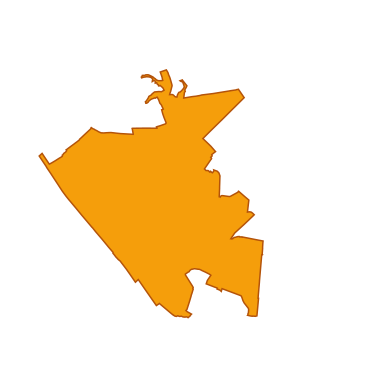 outline of Mircea Voda, Constanta, Romania, rotated 45°
{"feature_id": "2599482B76802521159862", "entity_name": "Mircea Voda", "entity_type": "district", "adm_level": 2, "iso_a3": "ROU", "parent_name": "Romania", "parent_adm1": "Constanta", "projection": "robinson", "projection_center": [28.188, 44.308], "detail": "fine", "context": "isolated", "style": "filled", "palette": "amber", "viewbox_px": 384, "rotation_deg": 45, "n_neighbors": 0, "source": "geoboundaries", "source_scale": "gbopen_adm2", "svg_char_len": 5852}
<svg xmlns="http://www.w3.org/2000/svg" viewBox="0 0 384 384"><g transform="rotate(45 192 192)"><path d="M283.6,184.0L281.6,181.7L280.8,181.0L280.5,180.6L278.2,178.0L276.9,176.4L272.2,179.6L265.2,184.3L261.5,186.8L260.0,187.8L259.2,188.3L259.4,188.5L257.9,189.6L257.6,189.7L257.4,190.0L257.3,189.9L257.1,189.9L256.5,190.5L256.1,190.9L255.7,191.5L254.7,193.3L254.1,194.1L254.0,194.4L253.9,194.7L253.8,196.2L253.8,196.3L253.6,196.6L253.4,197.0L253.0,197.2L252.5,197.6L251.2,190.8L251.8,177.5L252.1,164.1L250.3,164.1L249.1,164.2L248.3,164.3L247.7,164.6L247.0,165.1L246.5,165.5L245.4,167.0L237.9,157.5L233.1,157.9L224.6,158.5L224.3,158.6L224.5,159.3L224.6,159.6L224.5,160.0L224.0,161.8L222.2,167.9L222.1,168.1L221.7,168.7L220.6,169.6L216.5,172.7L215.9,173.2L215.6,173.5L215.4,174.0L215.3,174.5L215.5,175.7L215.1,175.7L214.6,176.1L209.1,170.1L208.1,169.1L200.6,161.1L200.5,160.9L197.6,159.5L195.3,159.4L191.8,161.0L192.5,161.4L192.9,163.9L192.2,164.2L191.9,164.2L191.0,164.2L190.4,164.2L190.3,164.3L190.4,164.6L190.6,165.0L190.6,165.3L190.2,165.4L189.1,165.4L188.6,165.4L188.2,165.5L187.5,166.2L187.1,166.5L186.8,166.9L185.6,166.9L184.5,166.9L182.4,155.7L182.4,155.2L182.2,154.5L181.5,154.3L180.7,154.2L180.8,152.7L180.7,152.2L180.2,151.9L179.5,151.6L180.0,147.4L180.1,146.8L173.0,146.3L161.9,146.5L161.9,136.9L162.1,118.0L162.1,107.8L162.2,88.4L152.5,86.6L152.2,86.5L151.5,87.6L151.2,88.0L150.8,88.9L147.4,93.4L147.4,93.5L137.3,107.5L130.2,116.6L129.9,117.2L129.2,118.4L129.1,118.5L127.1,121.4L124.7,124.4L119.7,131.4L116.3,127.0L116.1,125.6L115.0,125.1L114.6,124.7L114.4,123.8L113.9,122.0L113.3,120.5L106.3,119.7L105.9,119.6L104.9,121.8L105.6,121.7L106.2,121.5L107.4,120.9L107.7,120.9L107.9,120.9L108.5,121.2L109.4,121.7L109.9,121.8L110.5,122.1L111.4,122.7L111.9,122.9L112.2,123.2L112.4,123.4L112.6,124.3L112.9,125.9L113.0,128.1L112.9,129.7L112.7,130.0L112.4,130.5L112.3,130.9L112.4,131.4L112.5,131.9L113.1,133.7L113.2,134.0L113.7,134.6L113.9,135.0L114.2,135.5L113.8,135.8L113.2,136.3L112.8,136.5L112.3,136.6L111.4,136.6L110.4,136.6L109.9,136.7L109.2,137.0L108.8,137.3L107.3,139.0L106.6,137.8L105.9,136.2L104.3,133.5L103.1,131.5L102.9,131.1L102.2,130.5L101.5,130.1L99.2,128.8L95.9,127.0L94.6,126.4L92.9,125.8L90.4,124.5L89.9,124.4L88.8,124.1L87.5,123.8L84.7,129.6L89.5,131.9L92.4,133.8L92.3,134.0L91.8,134.7L89.8,136.8L89.1,137.3L88.6,137.4L88.3,137.6L88.2,137.8L87.8,137.9L85.9,137.9L84.6,138.2L83.8,138.2L83.0,138.3L81.1,138.9L80.2,139.2L79.6,139.5L79.2,139.7L78.8,139.7L78.6,139.8L77.5,140.7L76.5,141.8L76.1,142.8L75.8,143.3L74.9,144.1L74.4,144.7L75.0,145.8L74.9,146.6L75.4,146.8L75.7,146.9L76.7,144.9L77.6,143.8L78.1,142.9L79.1,142.0L80.5,140.8L82.2,140.0L82.7,139.9L83.8,140.0L84.5,140.1L85.0,140.6L85.3,141.4L85.8,142.0L86.0,141.3L86.0,140.7L86.4,140.1L86.8,139.7L88.0,139.9L88.6,140.1L88.9,140.4L88.8,141.0L89.0,141.1L89.4,140.2L89.8,139.7L90.8,140.2L91.5,140.3L92.3,140.0L93.3,140.6L93.6,140.5L93.9,140.0L94.1,139.5L94.2,139.2L96.8,139.0L98.0,139.0L100.3,139.8L99.5,142.7L97.6,144.3L94.8,147.7L94.6,148.8L94.4,151.2L94.6,152.0L93.9,154.9L94.6,156.6L95.3,160.0L95.2,161.1L96.6,161.9L97.2,161.2L97.5,159.5L97.2,158.6L97.4,156.1L97.7,154.9L99.1,151.9L99.7,151.6L100.0,150.4L100.2,149.6L100.7,149.6L103.5,150.5L106.4,151.9L108.7,152.1L109.5,152.4L113.1,153.7L113.0,154.2L112.4,155.3L116.0,157.4L119.5,159.1L123.9,161.0L124.9,161.5L125.1,162.5L122.5,167.9L121.0,170.6L120.8,171.1L122.1,171.6L122.0,171.8L113.6,180.1L104.9,189.0L104.7,189.4L105.4,189.8L109.5,192.6L109.4,192.8L109.5,192.9L100.2,201.2L97.5,203.4L92.6,207.3L89.3,210.9L88.7,211.7L87.2,213.3L86.6,213.7L86.1,214.3L85.5,214.6L84.3,215.1L82.8,215.6L81.4,215.9L79.5,216.6L78.6,216.7L77.3,217.3L75.2,217.7L75.3,218.3L75.5,218.5L75.7,218.8L75.7,219.9L75.2,234.2L75.3,234.3L75.4,234.5L75.5,235.0L75.2,237.6L74.1,245.0L73.2,251.2L73.8,251.2L74.0,251.3L74.2,251.6L74.3,252.4L74.4,252.6L74.2,254.5L74.1,254.9L74.0,255.4L74.3,256.6L74.4,257.3L74.2,257.6L74.4,257.9L74.9,258.2L75.0,258.4L75.1,258.6L74.1,262.5L73.3,266.2L72.2,270.6L71.4,273.2L60.7,271.1L58.7,270.7L58.5,274.6L70.6,277.0L72.3,277.5L79.1,278.8L99.7,283.1L105.6,284.0L110.0,284.5L120.4,285.4L130.8,286.4L146.4,287.7L146.6,287.6L151.6,288.2L162.0,289.0L172.1,290.0L178.9,290.5L179.4,291.2L181.5,291.4L182.5,291.5L183.3,291.7L184.7,291.8L186.5,291.8L187.1,291.9L188.5,291.8L190.0,291.6L191.3,291.8L192.6,292.0L193.6,292.1L200.2,293.0L204.8,293.8L206.0,294.0L215.8,295.8L215.9,291.9L219.7,292.6L231.8,294.8L247.1,297.5L247.7,294.5L247.7,293.9L263.2,292.6L265.9,292.3L266.0,292.1L266.6,292.1L267.8,291.8L268.9,291.0L269.1,290.8L269.2,290.4L269.4,289.6L269.7,289.4L270.3,289.2L270.8,289.0L271.4,288.6L272.1,287.6L272.4,287.3L274.0,286.7L274.6,286.2L275.2,285.7L275.6,285.3L276.1,284.6L276.6,284.0L278.1,283.6L278.2,282.0L278.3,280.6L278.0,280.2L278.0,278.7L273.3,280.0L272.7,280.1L271.5,280.1L271.5,279.9L271.5,278.7L267.7,271.3L265.1,266.5L264.6,265.7L264.3,265.3L264.2,264.9L263.9,264.4L263.7,263.9L261.5,259.8L261.2,259.8L261.0,259.7L260.7,259.6L260.6,259.3L260.4,258.7L260.2,258.6L257.9,258.0L246.0,255.3L245.3,254.7L245.7,252.9L245.8,251.8L246.0,251.3L246.3,250.4L246.1,249.7L246.0,248.8L246.0,248.3L246.2,247.5L246.3,247.0L247.0,246.1L247.7,244.9L248.1,244.4L250.8,242.4L251.7,241.6L252.2,241.3L253.2,240.9L254.3,240.6L258.1,239.2L262.1,237.9L263.4,237.6L264.2,237.5L264.5,239.0L265.3,243.2L265.5,243.9L267.0,246.9L275.8,243.0L276.9,242.4L277.9,242.1L278.3,242.9L281.1,241.7L283.0,241.6L281.6,239.1L300.0,230.7L301.1,231.0L301.9,231.3L304.9,232.8L307.5,233.6L310.1,233.9L310.9,234.0L314.0,234.4L314.4,234.6L315.2,235.1L317.0,237.2L317.4,237.8L317.5,238.3L318.6,239.7L318.6,239.8L320.9,238.4L322.5,237.2L322.6,236.9L323.6,236.0L324.7,235.1L325.5,233.7L314.2,220.1L313.8,220.4L303.1,207.7L302.8,207.4L285.7,187.1L286.2,186.6L286.2,186.4L285.6,186.2L285.2,185.9L283.6,184.0Z" fill="#f59e0b" stroke="#b45309" stroke-width="1.5"/></g></svg>